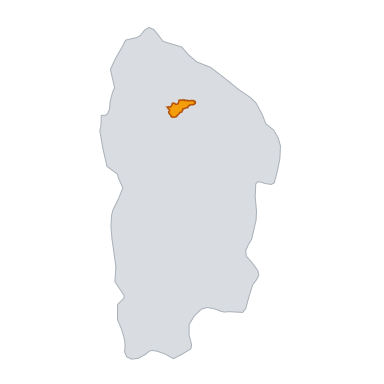 Mewang, Thimphu, Bhutan shown in context, rotated 88°
{"feature_id": "84629894B72045307811039", "entity_name": "Mewang", "entity_type": "district", "adm_level": 2, "iso_a3": "BTN", "parent_name": "Bhutan", "parent_adm1": "Thimphu", "projection": "mercator", "projection_center": [89.55, 27.441], "detail": "fine", "context": "in_parent", "style": "filled", "palette": "amber", "viewbox_px": 384, "rotation_deg": 88, "n_neighbors": 0, "source": "geoboundaries", "source_scale": "gbopen_adm2", "svg_char_len": 5179}
<svg xmlns="http://www.w3.org/2000/svg" viewBox="0 0 384 384"><g transform="rotate(88 192 192)"><path d="M313.1,163.9L312.5,166.5L309.7,173.2L307.9,180.6L309.4,186.6L315.7,193.8L324.2,199.5L334.9,199.9L344.8,197.7L348.7,198.6L354.1,208.2L357.9,216.4L352.7,225.0L349.9,232.4L348.9,237.7L349.5,240.0L352.7,244.3L356.4,251.6L356.9,258.3L354.6,262.8L349.5,265.0L344.1,264.3L339.6,264.4L334.0,265.2L325.2,267.7L317.1,270.9L301.8,270.3L295.7,263.7L292.8,263.6L278.9,272.2L263.7,270.7L236.1,273.6L224.6,274.2L212.8,273.3L206.8,271.5L195.6,265.4L185.5,261.0L175.3,265.1L171.7,265.8L163.4,276.1L145.6,279.5L127.8,282.0L122.5,280.7L112.5,280.0L112.1,277.6L112.4,275.3L110.2,273.4L106.1,271.5L99.1,270.7L90.1,268.1L85.0,265.7L66.7,269.3L56.1,263.9L44.0,256.4L37.9,253.1L35.6,241.5L33.5,237.8L28.7,233.9L26.1,229.3L28.2,224.5L40.3,215.7L41.2,213.6L46.8,197.1L54.5,191.0L62.2,182.7L67.9,169.4L79.1,155.7L91.3,141.7L99.7,130.2L105.3,124.9L116.8,119.2L126.4,115.8L133.0,108.2L141.1,103.9L149.3,102.0L161.6,103.0L173.1,105.7L185.8,109.5L187.2,112.6L186.2,118.1L184.3,123.6L184.3,126.4L186.2,128.0L198.6,129.0L213.7,128.2L222.2,128.9L241.2,134.0L246.7,137.6L252.5,140.4L258.1,139.9L265.3,134.0L272.8,129.0L277.5,128.2L280.9,129.8L286.9,134.6L299.4,139.0L310.5,142.4L314.1,145.6L312.9,159.3L313.1,163.9Z" fill="#d9dde1" stroke="#a8b0b8" stroke-width="1"/><path d="M108.1,196.0L108.0,195.9L107.9,195.7L107.7,195.5L107.6,195.4L107.6,195.1L107.6,194.9L107.6,194.7L107.6,194.4L107.6,194.0L107.7,193.9L107.5,193.7L107.5,193.4L107.4,193.4L107.2,193.2L106.9,193.1L106.7,193.1L106.3,193.1L106.2,193.1L106.0,192.9L105.9,192.7L105.8,192.3L105.9,192.1L105.9,191.9L105.5,191.7L105.1,191.4L105.2,191.1L105.0,190.9L104.9,190.7L104.9,190.1L104.7,189.7L104.7,189.4L104.7,188.9L104.7,188.7L104.7,188.4L104.8,188.2L104.9,187.8L104.8,187.7L104.7,187.5L104.6,187.4L104.5,187.1L104.3,187.0L104.2,186.8L104.3,186.8L104.3,186.7L104.3,186.4L104.2,186.3L103.9,186.2L103.7,185.9L103.4,185.6L103.2,185.5L102.9,185.6L102.7,185.6L102.1,185.5L101.9,185.5L102.0,185.8L102.0,186.1L102.1,186.4L102.0,186.6L101.8,186.7L101.7,186.8L101.4,186.8L101.1,186.8L100.9,186.8L100.7,186.9L100.7,187.1L100.7,187.5L100.7,188.0L100.6,188.4L100.5,188.6L100.5,188.8L100.5,189.0L100.7,189.5L100.6,189.8L100.5,190.1L100.5,190.3L100.7,190.7L100.7,190.9L100.8,191.1L100.9,191.4L100.8,191.6L100.8,191.8L100.8,192.1L100.8,192.3L100.7,192.4L100.6,192.5L100.5,192.8L100.6,193.0L100.4,193.1L100.2,193.3L100.1,193.6L100.2,193.8L100.2,194.0L100.2,194.3L100.2,194.5L100.2,194.9L100.3,194.9L100.4,195.0L100.5,195.2L100.5,195.3L100.5,195.5L100.4,195.5L100.2,195.8L100.1,196.0L99.9,196.2L99.8,196.3L99.7,196.5L99.5,196.8L99.5,197.0L99.7,197.3L99.6,197.5L99.7,197.8L99.8,198.1L99.8,198.3L99.9,198.6L100.0,198.7L99.9,198.8L99.9,199.0L99.9,199.3L99.7,199.5L99.8,199.8L99.8,200.0L99.7,200.1L99.7,200.3L99.7,200.6L99.7,200.8L99.7,201.1L99.7,201.3L99.8,201.5L100.0,201.9L100.2,202.0L100.3,202.0L100.6,202.0L100.9,202.0L101.2,202.1L101.5,202.1L102.1,202.4L102.2,202.5L102.4,202.5L102.5,202.5L102.8,202.7L102.9,202.8L103.1,202.8L103.3,202.8L103.5,203.0L103.5,203.5L103.6,203.8L103.7,204.3L103.7,204.5L103.8,204.8L103.8,205.0L103.8,205.3L103.7,205.4L103.5,205.5L103.4,205.5L103.2,205.8L103.1,206.1L102.8,206.3L102.7,206.5L102.6,206.9L102.6,207.2L102.5,207.5L102.5,207.9L102.5,208.0L102.8,208.3L102.8,208.5L103.0,208.5L103.2,208.8L103.3,208.8L103.6,208.7L103.8,208.8L104.0,208.8L104.3,209.0L104.5,209.2L104.5,209.3L104.7,209.5L104.8,209.5L105.0,209.6L105.3,209.7L105.5,209.8L105.9,210.2L106.1,210.4L106.2,210.5L106.4,210.6L106.5,210.9L106.4,211.2L106.3,211.4L106.3,211.6L106.1,211.9L106.0,212.1L106.0,212.4L106.0,212.5L106.2,212.9L106.2,213.2L106.2,213.5L106.3,213.7L106.3,213.8L106.5,213.6L106.8,213.3L106.9,213.2L107.2,213.3L107.3,213.2L107.5,213.1L107.7,212.9L107.8,212.9L108.0,212.7L108.3,212.3L108.4,212.2L108.5,212.1L108.7,211.9L108.8,211.7L109.1,211.4L109.3,211.4L109.6,211.5L110.0,211.7L110.2,211.8L110.3,212.0L110.5,212.1L110.7,212.3L110.8,212.4L111.0,212.5L111.4,212.5L111.6,212.4L111.8,212.5L111.9,212.4L112.0,212.3L112.2,212.2L112.6,212.2L112.8,212.1L113.0,212.0L113.3,211.8L113.5,211.6L113.7,211.3L113.8,211.2L114.0,211.1L114.1,210.9L114.3,210.7L114.7,210.5L114.8,210.5L114.9,210.4L115.0,210.4L115.1,210.5L115.3,210.4L115.5,210.4L115.8,210.3L116.0,210.1L116.3,209.7L116.4,209.2L116.5,209.2L116.5,208.3L116.5,208.2L116.6,207.9L116.7,207.7L116.6,207.2L116.4,206.6L116.4,206.3L116.4,206.0L116.4,205.9L116.4,205.5L116.4,205.4L116.2,205.2L115.9,205.0L115.8,204.8L115.8,204.7L115.7,204.5L115.4,204.4L115.2,204.3L114.9,204.1L114.7,204.0L114.7,203.8L114.4,203.4L114.2,203.2L113.9,202.9L113.7,202.6L113.6,202.4L113.4,202.3L113.2,202.2L112.9,201.9L112.7,201.7L112.4,201.5L112.2,201.5L112.0,201.4L112.0,201.1L112.0,200.9L111.9,200.6L111.9,200.3L111.8,200.2L111.8,199.8L111.7,199.7L111.6,199.4L111.3,199.3L111.2,199.3L111.0,199.2L110.8,199.1L110.6,198.9L110.4,198.9L110.2,198.8L110.1,198.7L109.9,198.5L109.9,198.4L109.7,198.4L109.4,198.4L109.3,198.5L109.2,198.5L108.9,198.3L108.7,198.3L108.7,198.1L108.6,197.8L108.5,197.6L108.5,197.3L108.4,197.2L108.3,196.9L108.3,196.6L108.3,196.4L108.2,196.2L108.1,196.0Z" fill="#f59e0b" stroke="#b45309" stroke-width="1.5"/></g></svg>